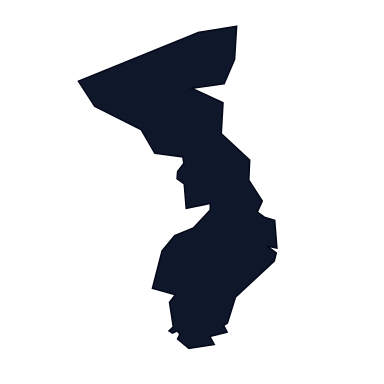 Aweil West, Northern Bahr el Ghazal, South Sudan (Natural Earth projection), rotated 76°
{"feature_id": "79223893B18780774215456", "entity_name": "Aweil West", "entity_type": "district", "adm_level": 2, "iso_a3": "SSD", "parent_name": "South Sudan", "parent_adm1": "Northern Bahr el Ghazal", "projection": "natural_earth1", "projection_center": [26.922, 8.906], "detail": "fine", "context": "isolated", "style": "filled", "palette": "ink", "viewbox_px": 384, "rotation_deg": 76, "n_neighbors": 0, "source": "geoboundaries", "source_scale": "gbopen_adm2", "svg_char_len": 751}
<svg xmlns="http://www.w3.org/2000/svg" viewBox="0 0 384 384"><g transform="rotate(76 192 192)"><path d="M343.0,232.9L345.3,207.3L336.5,209.6L336.5,191.8L329.1,193.6L327.8,189.4L304.5,175.2L278.9,128.9L271.5,124.9L262.6,132.3L267.0,123.2L239.5,118.6L234.1,127.7L227.2,133.5L217.8,126.0L194.2,134.0L175.0,128.3L142.5,149.5L112.9,140.3L91.3,167.2L94.7,134.6L73.6,118.6L42.0,108.6L38.7,147.0L57.0,275.4L85.3,265.7L119.3,226.2L145.4,218.7L155.8,192.4L162.2,193.0L168.6,201.0L175.5,203.3L182.3,197.6L206.5,201.6L207.5,177.0L213.9,178.7L227.2,199.3L230.1,219.3L241.9,235.3L275.9,253.7L287.7,233.0L293.6,240.5L318.3,242.8L321.2,247.9L324.2,245.1L323.2,239.9L327.1,238.2L331.1,241.6L343.0,232.9Z" fill="#0f172a" stroke="#020617" stroke-width="1.5"/></g></svg>